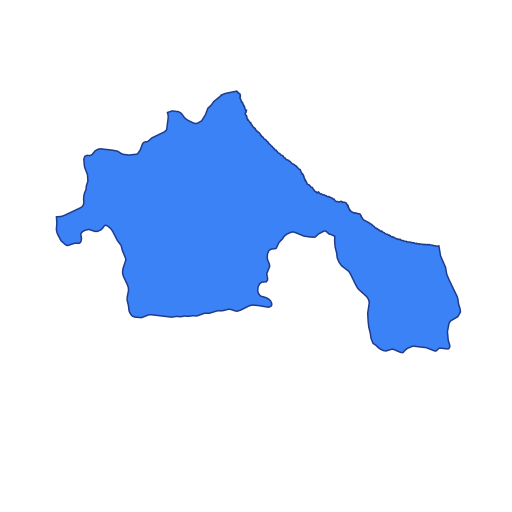 Nagua, María Trinidad Sánchez, Dominican Republic, rotated 334°
{"feature_id": "3306468B71596371711370", "entity_name": "Nagua", "entity_type": "district", "adm_level": 2, "iso_a3": "DOM", "parent_name": "Dominican Republic", "parent_adm1": "María Trinidad Sánchez", "projection": "equal_earth", "projection_center": [-69.872, 19.343], "detail": "fine", "context": "isolated", "style": "filled", "palette": "blue", "viewbox_px": 512, "rotation_deg": 334, "n_neighbors": 0, "source": "geoboundaries", "source_scale": "gbopen_adm2", "svg_char_len": 6090}
<svg xmlns="http://www.w3.org/2000/svg" viewBox="0 0 512 512"><g transform="rotate(334 256 256)"><path d="M415.3,395.9L416.3,392.7L417.1,387.7L418.6,383.1L419.0,380.5L419.1,362.4L419.4,356.2L421.4,349.1L421.9,336.9L424.8,327.1L422.6,326.5L421.9,325.5L420.4,324.9L420.2,324.3L419.3,323.9L419.0,323.3L417.6,322.7L416.9,321.7L416.2,321.7L415.7,321.1L415.0,321.1L415.0,320.8L413.8,320.4L413.3,319.8L412.6,319.8L412.2,319.2L411.4,319.2L411.0,318.5L408.6,317.3L408.6,316.9L406.2,315.7L406.0,315.0L404.6,314.7L403.9,313.4L402.7,313.1L402.5,312.5L401.5,312.2L401.3,311.5L398.0,309.6L397.5,308.7L396.1,308.0L394.9,306.5L393.9,306.1L393.2,305.2L393.2,304.5L392.5,304.5L392.0,303.6L390.9,303.3L390.6,302.6L390.1,302.6L388.0,299.5L387.5,299.5L387.1,298.5L386.6,298.5L385.6,297.2L385.6,296.6L384.9,296.3L384.9,295.6L384.5,295.6L384.0,295.0L383.7,294.1L382.8,293.7L381.6,292.1L381.6,291.5L380.2,289.9L380.0,288.7L379.2,288.7L379.2,288.3L378.5,288.0L378.3,286.7L377.6,286.4L377.1,284.8L376.6,284.2L376.2,284.2L376.2,283.6L375.2,282.6L375.2,281.3L374.3,280.1L374.3,279.4L373.8,279.1L373.8,278.2L372.6,276.9L372.6,276.3L368.4,270.5L368.1,268.0L367.9,268.0L367.9,266.1L368.1,266.1L367.9,263.9L366.9,262.9L366.2,262.9L365.3,261.6L364.3,261.3L364.1,260.7L362.4,260.0L362.2,259.1L361.0,257.8L360.8,256.5L360.5,256.5L360.5,255.6L360.3,255.6L360.3,254.6L360.5,254.6L360.5,252.7L360.3,252.4L360.5,252.4L360.8,251.1L360.5,251.1L360.5,249.6L360.3,249.6L360.1,247.6L359.4,246.7L357.9,246.1L357.7,245.4L357.2,245.4L356.5,244.1L353.9,243.8L353.0,242.6L352.0,242.2L351.3,241.3L351.1,239.1L350.6,239.1L350.1,238.4L350.1,237.8L348.7,235.9L347.8,235.6L347.8,234.9L347.3,234.3L346.1,234.0L345.6,232.7L344.7,232.1L344.4,231.1L343.0,230.5L341.8,228.6L341.4,228.6L340.7,227.6L340.2,225.7L339.7,225.7L339.5,226.3L338.3,226.0L338.1,224.4L337.3,223.8L337.1,222.2L336.9,222.2L336.6,219.0L335.7,218.4L335.0,215.5L333.6,214.0L333.8,211.1L333.6,211.1L333.6,209.8L333.3,209.8L333.3,208.5L333.6,208.5L333.6,205.7L333.8,205.7L333.8,204.7L334.0,204.7L334.0,203.1L333.3,202.2L333.6,201.9L333.3,201.6L333.6,197.7L332.4,196.2L332.1,194.2L331.7,193.9L331.4,192.3L330.5,191.4L330.5,190.7L328.8,188.5L328.1,186.0L327.4,185.3L327.4,184.7L326.5,183.4L325.7,183.1L325.0,180.6L324.3,179.9L324.1,177.7L322.7,176.1L322.2,174.2L321.0,173.0L321.0,171.4L320.5,170.7L320.5,169.8L320.1,169.8L319.6,169.1L319.6,168.5L319.4,168.5L319.4,167.2L318.9,166.9L318.6,164.7L317.9,163.7L317.7,162.5L317.2,161.2L316.8,160.6L316.8,159.3L316.5,159.3L316.5,158.3L316.0,157.7L316.0,156.4L315.3,155.8L315.3,155.2L314.6,154.2L314.4,152.3L313.9,152.0L313.7,150.7L313.4,150.7L313.4,149.4L313.2,149.4L313.2,148.5L313.0,146.9L312.3,145.9L312.3,145.3L311.8,145.0L311.8,144.3L311.3,144.0L311.1,141.2L310.8,141.2L310.8,140.5L310.6,140.5L310.4,139.3L309.9,138.6L309.9,136.7L309.4,136.1L309.7,133.9L309.2,133.9L308.7,130.7L308.2,130.4L308.2,129.4L308.5,129.4L308.2,127.8L308.9,126.9L308.9,126.2L308.7,126.2L308.9,125.0L308.5,124.3L308.5,123.7L309.2,122.7L310.1,122.4L310.6,121.8L310.6,121.2L310.8,121.2L310.8,120.5L311.1,120.5L310.6,119.9L310.8,117.0L311.1,117.0L311.1,115.4L310.8,115.4L311.1,112.3L310.8,112.3L310.8,111.3L310.6,111.3L310.6,110.7L310.8,110.7L310.8,107.5L311.1,107.5L311.1,106.2L311.5,106.2L312.0,105.6L312.0,104.9L312.5,104.6L312.5,102.7L311.5,102.1L311.5,101.1L311.3,101.1L311.3,100.2L311.1,100.2L310.8,99.3L300.0,96.5L295.4,96.1L295.4,96.4L285.7,98.7L282.1,100.7L277.5,102.1L272.6,106.8L266.4,110.7L261.5,111.0L259.7,110.4L258.2,109.2L254.2,104.1L252.5,100.9L251.4,95.1L249.7,92.4L244.2,88.8L239.3,88.2L238.7,91.1L237.7,93.2L231.4,102.8L230.5,103.6L227.6,104.3L214.2,104.2L208.9,105.7L206.2,104.8L204.6,104.8L203.0,105.6L198.6,109.8L195.1,111.9L193.7,112.3L186.3,109.7L181.8,106.8L180.0,105.2L177.8,101.5L177.0,100.7L173.3,97.9L163.1,91.4L160.8,90.8L157.7,90.9L153.0,93.0L151.9,93.1L150.3,92.7L148.1,91.4L145.8,91.4L143.7,93.5L141.2,99.9L140.8,102.0L140.2,109.0L137.7,115.1L134.5,118.3L132.2,121.9L129.5,124.2L127.7,126.4L126.2,128.9L124.6,132.7L123.0,134.6L121.3,135.5L119.4,135.7L101.5,135.5L98.3,135.1L93.8,133.3L91.5,139.0L88.2,144.6L87.4,147.7L87.2,150.2L87.5,157.0L89.8,162.5L90.5,163.5L91.6,164.1L98.5,165.0L102.5,167.0L104.0,166.9L104.9,166.4L106.9,163.7L107.8,160.3L108.8,158.8L111.1,158.0L114.3,158.0L117.5,158.9L121.9,163.2L124.3,164.4L128.3,164.5L130.1,163.9L132.9,162.4L134.4,162.4L135.9,164.1L137.6,168.2L138.0,171.5L138.2,181.5L139.4,187.4L138.3,192.4L137.8,200.7L137.2,202.6L131.1,208.8L129.4,211.3L128.4,213.4L127.9,216.6L127.8,225.0L127.5,228.2L126.3,231.1L122.2,236.5L120.8,239.2L119.7,244.3L117.9,249.5L117.7,251.7L118.1,254.7L118.7,256.0L120.4,257.9L125.5,260.9L126.6,261.3L133.4,261.8L135.7,262.6L153.4,274.0L158.0,275.4L161.5,277.5L165.6,278.7L168.6,280.5L173.1,282.0L176.7,284.0L184.7,284.9L188.9,287.0L197.2,288.3L202.1,290.6L208.0,291.8L209.7,292.8L213.6,296.6L215.4,297.5L218.5,297.9L227.7,297.8L230.9,298.3L236.6,301.7L244.4,307.3L246.1,307.8L247.7,307.6L248.7,306.9L249.3,305.6L249.4,302.8L248.7,300.7L247.6,298.8L245.2,296.3L242.9,294.4L242.3,293.4L241.8,290.6L242.4,287.7L244.4,284.6L247.1,282.5L250.0,282.1L253.9,283.7L255.6,282.9L256.5,281.5L257.9,276.6L263.7,271.4L264.4,269.5L264.8,264.4L265.4,262.2L267.3,259.1L269.9,256.8L272.8,256.5L276.7,257.9L277.7,257.8L282.6,253.9L287.1,252.3L290.1,250.6L293.3,249.9L298.0,250.0L299.9,250.7L301.0,251.5L307.9,259.2L312.9,262.6L316.4,264.5L317.8,264.9L321.6,263.6L328.3,263.4L329.7,264.3L331.4,268.5L333.0,269.7L335.5,272.9L333.5,276.4L331.0,282.8L329.8,288.7L328.2,293.2L327.9,297.9L328.6,302.3L332.7,310.5L333.0,314.3L333.0,325.1L333.2,329.2L333.8,331.4L337.6,340.9L338.0,343.2L337.9,345.5L337.3,347.7L331.3,356.4L328.3,363.5L326.2,369.3L324.8,375.8L323.3,380.4L322.9,385.8L324.6,388.7L325.8,392.1L327.1,394.5L329.2,397.0L331.3,398.4L336.7,399.2L338.4,399.9L343.3,405.6L345.2,407.1L346.2,407.1L349.0,405.9L352.0,405.4L357.6,405.8L368.8,413.0L375.2,419.9L376.6,420.3L379.3,419.3L381.0,419.4L387.2,423.4L388.6,423.8L390.0,423.0L390.9,421.5L391.9,415.8L394.9,407.9L399.6,401.6L401.1,400.3L402.8,399.6L410.8,399.0L415.3,395.9Z" fill="#3b82f6" stroke="#1e3a8a" stroke-width="1.5"/></g></svg>